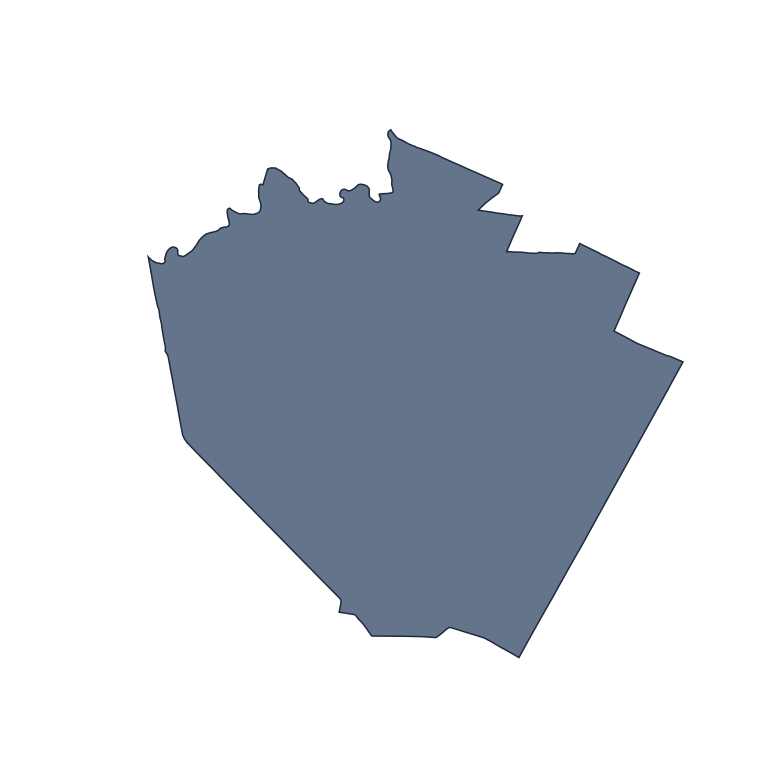 Gologanu, Vrancea, Romania, rotated 23°
{"feature_id": "2599482B67293682985135", "entity_name": "Gologanu", "entity_type": "district", "adm_level": 2, "iso_a3": "ROU", "parent_name": "Romania", "parent_adm1": "Vrancea", "projection": "orthographic", "projection_center": [27.287, 45.606], "detail": "fine", "context": "isolated", "style": "filled", "palette": "slate", "viewbox_px": 768, "rotation_deg": 23, "n_neighbors": 0, "source": "geoboundaries", "source_scale": "gbopen_adm2", "svg_char_len": 5954}
<svg xmlns="http://www.w3.org/2000/svg" viewBox="0 0 768 768"><g transform="rotate(23 384 384)"><path d="M615.1,583.1L615.2,582.0L618.1,553.7L619.1,545.0L620.2,535.1L623.1,510.0L623.3,507.7L624.6,495.7L626.6,476.9L626.7,476.4L628.2,463.2L629.0,457.3L631.1,436.6L644.7,305.3L647.8,275.4L648.2,270.6L650.6,246.8L648.8,246.8L643.9,246.8L639.2,246.8L637.1,246.8L634.7,247.1L632.3,247.4L609.9,247.6L601.5,247.7L580.5,245.8L575.1,245.5L575.1,242.1L575.2,235.2L575.3,228.3L575.2,216.6L575.4,207.1L575.5,199.0L575.7,185.4L575.7,182.0L572.2,182.0L561.9,181.2L556.3,181.2L550.3,180.6L540.8,180.0L537.3,179.8L534.2,179.9L529.9,179.3L525.5,179.1L520.1,178.8L511.9,178.4L509.3,178.2L509.2,180.6L509.1,184.7L509.0,188.8L508.3,189.6L506.5,190.5L504.5,191.2L501.3,192.4L496.5,193.9L494.8,194.5L491.0,196.1L489.2,196.9L487.8,197.8L484.9,198.7L480.0,200.7L475.6,202.0L474.3,203.5L473.0,204.2L469.4,205.7L466.6,206.7L458.0,209.3L455.7,210.3L453.7,211.1L451.7,211.9L447.1,213.4L445.2,214.3L445.2,207.4L445.2,200.6L445.3,194.9L445.5,186.8L445.6,177.9L445.6,175.1L443.7,176.2L440.7,177.1L433.1,179.3L429.2,180.3L425.2,181.3L421.3,182.5L416.4,183.6L412.4,184.7L409.9,185.3L407.5,186.0L405.1,186.5L402.8,187.1L403.4,185.5L406.5,178.4L410.4,171.1L415.0,163.3L415.2,153.9L413.8,153.8L398.8,153.6L391.9,153.5L387.4,153.4L382.6,153.4L359.4,153.0L354.9,152.9L346.7,152.7L345.4,152.4L336.2,152.5L332.0,152.7L328.1,152.9L323.7,153.2L322.1,153.5L320.1,153.2L315.9,153.4L311.3,153.3L308.9,152.9L306.5,152.6L300.1,152.5L296.4,150.6L291.6,148.0L291.0,147.3L290.2,148.3L289.9,148.8L289.4,150.2L289.9,152.6L291.0,154.4L292.3,155.4L294.3,156.7L295.7,158.4L296.6,160.1L297.7,163.0L298.4,165.4L298.7,167.1L298.9,168.4L299.3,170.8L300.2,173.0L300.6,175.3L301.0,177.6L302.3,182.0L303.7,184.5L304.7,185.7L306.2,186.6L308.4,188.8L311.0,192.1L312.0,194.0L312.6,196.0L313.5,197.8L315.0,199.8L316.2,201.4L316.9,202.3L317.1,204.0L316.1,205.2L314.8,206.1L311.1,208.1L307.8,209.6L305.7,210.9L305.4,211.4L306.5,212.7L307.5,213.7L308.5,214.6L308.7,215.8L308.5,217.4L307.9,218.6L306.8,219.1L305.8,219.5L303.5,219.4L302.7,219.3L301.2,218.7L300.0,218.4L299.2,218.2L298.1,217.7L297.2,216.9L296.5,215.8L296.2,214.8L295.3,212.7L294.8,211.2L293.6,209.8L292.2,208.9L291.2,208.5L288.0,208.4L284.9,209.0L282.6,210.4L281.7,212.2L281.0,214.1L280.1,215.7L279.0,217.3L277.9,218.6L277.1,219.6L276.0,220.0L274.7,220.1L273.1,220.1L271.6,220.1L270.1,220.9L269.0,222.6L268.8,224.4L268.9,225.5L269.0,226.5L270.1,228.1L271.4,228.8L272.2,228.8L273.3,228.7L274.1,228.8L274.6,229.3L275.0,229.9L275.2,230.5L275.3,231.1L275.3,232.0L275.1,232.9L274.4,234.0L273.9,234.5L272.5,235.8L271.4,236.6L269.3,237.6L266.8,238.4L265.1,238.7L263.8,239.0L262.8,239.6L261.0,239.7L258.8,239.4L257.3,239.1L255.3,237.5L254.4,237.6L253.0,238.7L252.3,239.4L251.7,240.3L250.9,241.7L249.9,243.2L249.7,243.9L249.1,244.5L248.5,245.1L247.8,245.5L247.1,245.7L245.3,246.0L244.3,246.2L243.2,246.0L241.4,243.2L240.6,243.1L238.4,242.3L236.8,241.7L235.8,241.4L234.8,241.0L234.1,240.6L233.2,240.1L232.0,239.7L231.1,239.3L230.6,238.8L230.2,238.2L229.7,237.3L229.5,236.7L229.3,236.5L228.6,236.2L227.3,235.4L226.7,235.0L225.7,234.3L224.8,233.7L224.5,233.5L223.5,233.1L222.5,232.8L222.1,232.7L221.6,232.5L220.8,232.0L220.1,231.7L219.6,231.4L219.1,231.4L217.8,231.4L216.4,231.3L215.4,231.2L214.6,231.1L213.5,230.7L212.6,230.4L210.9,229.8L209.8,229.4L209.1,229.2L208.2,228.9L207.1,228.6L206.5,228.3L205.4,228.2L203.4,228.0L202.6,227.9L201.5,227.8L200.6,227.6L200.1,227.5L199.7,227.6L199.0,228.0L198.4,228.2L198.1,228.2L197.1,228.6L195.9,229.1L195.0,229.6L194.2,230.3L193.4,231.5L193.4,231.8L192.9,231.7L194.7,248.0L192.6,248.2L191.5,249.3L192.0,251.6L193.1,255.2L196.1,261.7L198.1,263.7L200.7,267.0L201.9,270.5L202.3,273.4L201.1,275.8L199.8,277.0L197.8,278.7L196.2,279.5L194.7,279.9L193.4,280.4L192.1,280.7L188.9,281.6L187.8,282.2L186.5,283.0L185.3,283.5L184.3,283.8L182.0,283.9L179.7,283.8L177.8,283.6L175.4,283.2L173.8,282.5L173.0,282.5L172.4,283.2L171.9,284.1L171.8,285.1L172.3,286.8L172.9,287.9L173.6,289.1L174.6,290.7L176.8,293.6L178.3,295.7L179.4,297.7L179.1,299.5L177.6,301.0L176.6,301.8L175.9,301.9L173.6,303.5L172.2,305.0L171.9,306.2L171.5,307.1L170.7,308.2L168.9,309.8L167.5,310.8L165.9,311.9L164.1,313.3L161.6,315.5L160.5,317.5L159.6,319.0L158.3,322.4L157.6,324.9L157.3,327.5L156.9,330.1L156.4,331.7L155.9,334.2L155.5,335.4L155.1,336.5L153.6,339.0L151.6,342.2L150.7,343.7L149.7,344.7L148.4,345.6L147.2,345.4L145.8,345.9L144.4,345.8L143.3,344.7L142.7,343.7L142.2,341.9L141.0,340.5L139.8,340.0L137.5,339.9L136.0,340.4L134.3,342.1L133.3,344.1L132.7,346.3L132.5,349.1L132.8,351.3L133.4,355.0L134.6,356.1L134.7,357.1L134.3,358.4L133.4,359.5L131.9,360.4L129.5,360.7L128.1,361.2L126.4,361.4L124.7,361.2L123.0,361.0L121.9,360.9L120.8,360.5L118.0,359.5L117.4,359.2L118.0,360.1L122.3,366.7L127.5,374.6L133.6,384.2L138.3,391.2L144.6,400.1L146.4,402.2L148.0,403.8L151.1,409.3L152.3,411.1L155.5,415.3L157.0,418.1L161.2,424.7L165.4,431.2L168.2,435.1L169.9,439.5L172.9,441.4L174.8,443.4L183.3,456.3L186.1,460.3L187.4,462.3L191.8,469.2L197.6,477.8L203.5,486.7L208.2,494.0L211.4,498.8L215.6,505.2L218.5,509.4L221.3,512.2L222.5,513.0L225.8,515.0L228.3,516.1L232.0,517.6L238.2,520.3L247.8,524.3L257.6,528.3L263.2,530.6L269.5,533.3L274.4,535.3L278.5,537.1L285.5,540.0L295.7,544.2L303.4,547.4L308.1,549.4L348.8,566.2L370.6,575.3L387.1,582.1L403.6,589.0L426.8,598.5L427.5,598.9L428.5,599.6L429.3,600.7L429.9,602.2L430.4,604.6L431.9,611.6L435.6,610.6L447.1,607.8L448.1,608.0L451.9,610.1L453.3,610.8L457.6,612.5L463.2,615.8L470.7,620.6L471.3,620.7L471.7,620.6L485.3,614.9L495.9,610.5L502.7,607.7L516.7,602.1L527.3,598.3L529.6,597.7L530.5,597.2L531.6,596.2L533.7,592.5L535.7,588.7L536.3,587.3L537.2,585.5L538.4,583.7L539.1,582.7L540.1,582.3L543.6,581.8L556.7,580.5L560.6,580.1L564.5,579.7L572.6,578.9L574.4,578.7L576.4,578.7L581.0,579.1L582.5,579.2L590.1,580.2L594.8,580.8L598.9,581.2L603.0,581.6L611.3,582.6L615.1,583.1Z" fill="#64748b" stroke="#1e293b" stroke-width="1.5"/></g></svg>